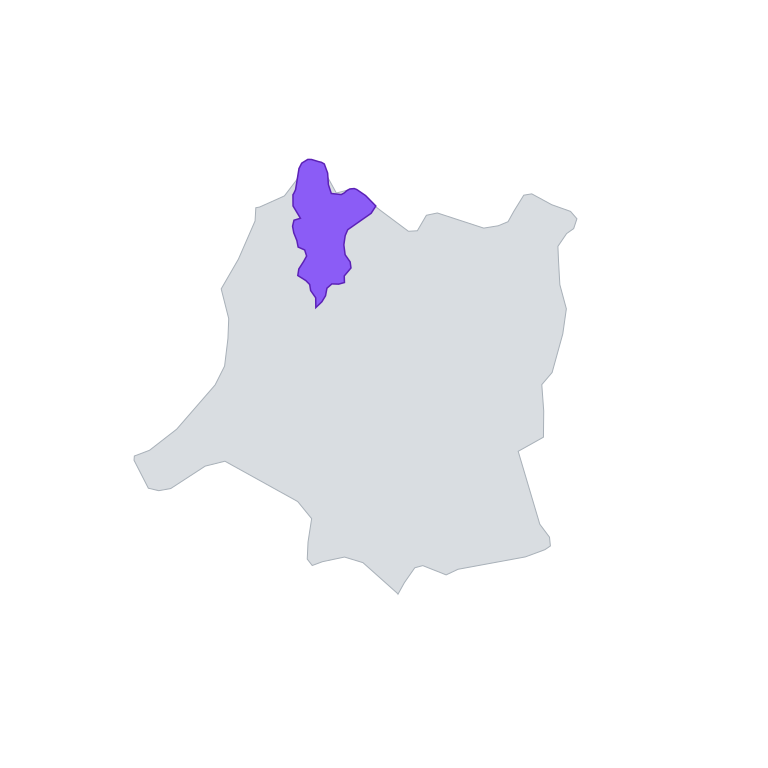 Peć highlighted on a map of Kosovo, rotated 55°
{"feature_id": "KOS-5886", "entity_name": "Peć", "entity_type": "District", "adm_level": 1, "iso_a3": "XKX", "parent_name": "Kosovo", "parent_adm1": "", "projection": "orthographic", "projection_center": [20.272, 42.674], "detail": "fine", "context": "in_parent", "style": "filled", "palette": "violet", "viewbox_px": 768, "rotation_deg": 55, "n_neighbors": 0, "source": "natural_earth", "source_scale": "10m", "svg_char_len": 1768}
<svg xmlns="http://www.w3.org/2000/svg" viewBox="0 0 768 768"><g transform="rotate(55 384 384)"><path d="M240.2,287.2L272.9,276.4L277.6,268.8L270.1,252.5L274.5,242.2L313.5,212.9L319.9,199.7L322.2,189.3L316.9,178.4L309.5,161.2L313.0,153.9L333.3,143.8L349.6,132.2L359.3,131.2L365.5,139.5L365.5,148.1L371.0,162.6L383.2,170.4L403.5,183.0L427.0,191.5L445.5,208.8L471.0,239.7L475.0,255.1L497.8,268.7L519.0,283.9L516.1,312.7L588.2,336.8L604.4,336.3L612.1,340.6L612.0,347.2L606.7,367.4L578.2,429.7L576.0,442.6L555.0,456.4L552.2,464.2L558.4,481.2L564.2,493.1L563.7,493.0L518.3,503.7L503.1,515.6L494.3,536.2L491.5,546.9L483.4,547.3L469.9,536.9L452.8,520.5L430.8,522.1L356.0,558.6L348.7,577.6L347.3,618.6L342.2,629.7L334.2,636.8L303.1,632.5L299.8,629.8L303.8,614.1L302.1,579.7L287.9,522.9L277.9,504.3L257.3,485.8L241.4,473.7L212.7,462.8L198.2,431.6L176.5,396.1L166.1,387.9L167.7,384.4L172.8,357.7L166.6,338.2L157.1,321.6L163.7,311.5L183.7,311.7L200.2,313.5L206.1,297.7L240.2,287.2Z" fill="#d9dde1" stroke="#a8b0b8" stroke-width="1"/><path d="M197.7,317.9L204.3,310.4L204.7,306.9L204.3,303.7L204.6,300.2L206.8,296.3L209.0,294.8L219.1,291.0L233.5,288.6L236.8,296.6L236.8,305.8L236.8,315.9L236.8,325.2L240.2,330.7L247.0,337.1L255.8,341.7L264.6,341.7L270.0,344.5L272.7,354.6L278.2,358.2L276.2,363.8L272.1,369.3L272.8,375.8L278.2,381.3L281.0,387.7L282.3,396.0L274.2,390.5L265.4,390.5L259.9,387.8L254.5,388.7L245.7,392.4L240.9,387.8L237.5,379.5L234.8,374.0L228.7,372.1L222.6,375.8L216.5,373.1L208.4,371.2L202.3,368.4L198.2,363.8L200.3,357.4L186.0,356.4L176.7,350.0L176.2,348.7L174.1,345.0L159.1,330.4L158.8,330.2L155.9,324.7L156.3,317.6L158.5,314.6L164.1,310.2L166.5,308.1L169.5,306.7L178.9,309.2L188.8,315.2L197.7,317.9Z" fill="#8b5cf6" stroke="#5b21b6" stroke-width="1.5"/></g></svg>